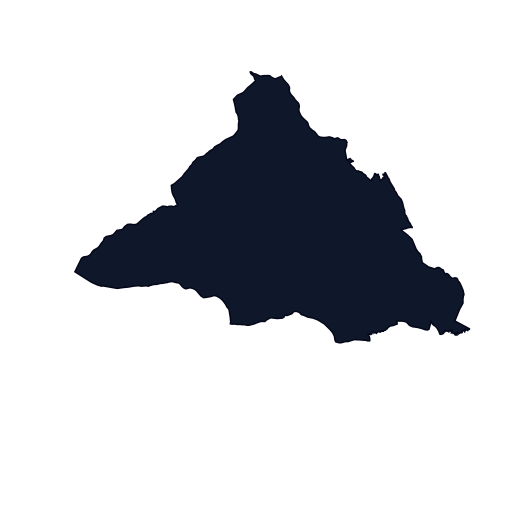 Sarmizegetusa, Hunedoara, Romania (Natural Earth projection), rotated 62°
{"feature_id": "2599482B56476648103068", "entity_name": "Sarmizegetusa", "entity_type": "district", "adm_level": 2, "iso_a3": "ROU", "parent_name": "Romania", "parent_adm1": "Hunedoara", "projection": "natural_earth1", "projection_center": [22.749, 45.477], "detail": "fine", "context": "isolated", "style": "filled", "palette": "ink", "viewbox_px": 512, "rotation_deg": 62, "n_neighbors": 0, "source": "geoboundaries", "source_scale": "gbopen_adm2", "svg_char_len": 6128}
<svg xmlns="http://www.w3.org/2000/svg" viewBox="0 0 512 512"><g transform="rotate(62 256 256)"><path d="M420.5,101.7L406.7,110.9L398.5,101.1L394.8,95.4L391.2,93.5L389.1,92.0L387.7,90.5L383.6,89.3L378.7,88.8L375.2,88.7L372.8,89.2L370.7,88.9L369.8,89.2L368.7,90.5L368.0,93.1L365.5,94.3L363.2,94.6L362.1,95.0L361.3,95.5L360.4,97.3L358.9,97.6L356.2,97.3L354.4,98.7L353.6,98.9L351.9,100.0L351.3,101.5L351.2,102.8L351.6,103.9L346.6,108.9L340.7,111.9L339.8,112.3L339.2,112.1L336.0,111.1L334.5,110.3L330.8,110.2L328.6,111.0L325.1,111.4L314.5,110.4L308.6,112.4L301.1,115.7L301.5,113.1L302.3,110.2L302.3,109.1L302.6,108.2L303.2,106.3L304.2,104.8L303.8,104.5L302.6,104.8L299.6,104.6L296.8,105.1L296.5,104.9L295.0,104.9L294.1,104.5L292.6,104.7L291.3,104.4L290.0,105.0L287.8,104.5L285.5,103.3L283.3,103.1L277.7,101.6L275.1,101.3L273.8,101.3L269.2,102.6L265.6,102.4L263.4,102.9L261.4,102.4L253.6,102.9L250.2,102.4L248.6,102.8L248.0,102.6L243.4,102.6L243.1,103.0L243.5,103.2L244.0,104.0L243.5,105.5L244.3,105.7L245.3,105.0L245.6,105.5L247.2,106.0L246.6,107.5L247.6,108.7L247.8,109.4L247.2,110.4L246.3,110.7L243.6,109.9L243.1,110.3L241.4,109.6L241.2,109.9L241.4,110.3L240.9,111.1L239.0,112.3L239.1,112.7L240.1,113.7L241.5,114.9L241.4,115.5L242.1,116.5L242.2,117.4L242.7,117.8L242.7,118.2L243.7,118.9L243.2,119.6L240.8,120.2L238.2,121.4L236.9,121.2L235.6,121.5L233.8,122.6L231.5,123.3L230.1,124.9L228.9,125.7L228.3,127.1L226.9,128.0L224.0,128.1L221.9,128.9L218.0,130.0L217.8,129.4L217.8,126.7L218.1,125.7L217.8,125.6L216.0,126.8L214.1,127.2L214.0,129.9L214.8,130.3L213.5,130.7L204.7,127.9L203.7,127.1L201.1,124.1L199.2,123.2L198.5,122.3L196.6,122.2L195.4,122.7L194.7,123.3L193.5,126.1L193.0,126.7L190.2,128.2L189.8,129.1L189.4,131.7L187.7,132.8L185.7,134.8L185.1,135.7L184.1,138.7L182.8,141.2L180.8,144.0L179.3,144.9L173.8,145.9L171.7,147.1L168.0,148.5L165.7,148.5L163.4,147.9L161.7,147.9L155.7,150.0L152.4,150.5L148.3,150.1L146.3,149.1L144.0,147.4L141.7,146.8L140.5,146.9L136.5,148.1L133.6,148.3L130.0,149.3L127.2,149.4L125.8,149.0L123.1,147.4L120.4,147.1L113.0,148.9L109.1,149.0L109.4,149.8L109.0,151.4L108.7,155.7L106.8,157.5L105.4,158.4L103.4,159.1L102.8,159.8L100.4,164.4L99.3,167.7L95.6,170.5L93.7,172.5L91.0,173.9L90.8,174.7L91.6,174.9L93.4,174.7L96.2,173.5L99.1,174.1L100.8,174.0L101.2,174.3L102.9,181.2L103.4,184.1L105.4,189.3L105.7,191.4L105.3,196.8L107.2,202.4L112.6,203.7L119.7,206.0L122.4,205.7L125.7,206.5L126.9,207.2L128.6,207.5L131.2,209.5L135.1,211.6L136.1,212.3L136.9,213.4L139.1,218.4L139.5,220.2L139.0,227.9L139.5,231.9L140.3,235.0L140.1,237.8L140.3,241.4L141.5,243.9L141.5,247.8L142.1,249.3L142.4,251.8L143.2,253.9L143.2,255.8L141.8,260.7L141.8,261.9L143.0,264.5L143.7,267.5L144.2,268.4L145.3,269.7L145.9,272.1L147.4,274.5L149.6,280.3L151.4,283.8L153.8,294.0L153.9,297.6L157.9,299.3L161.1,300.3L163.9,300.6L167.1,300.5L171.5,301.2L173.5,301.2L173.9,301.4L174.1,302.2L173.9,303.3L174.0,305.2L172.2,307.4L171.3,309.5L171.0,311.3L169.6,312.8L168.1,315.0L168.1,320.3L169.3,323.5L169.2,324.5L168.5,325.7L169.7,326.4L169.9,327.1L169.0,329.1L169.4,330.5L169.1,332.1L169.8,334.0L169.7,336.2L170.0,338.0L171.9,345.9L171.6,347.7L171.0,349.1L168.7,352.4L167.8,354.7L168.4,358.3L169.7,361.1L169.5,362.8L168.1,366.7L169.8,371.2L170.1,372.6L169.9,374.5L168.6,378.7L168.6,379.8L169.0,381.7L170.7,383.2L172.4,387.2L173.9,389.8L174.6,392.4L174.6,395.8L174.8,397.1L175.5,398.8L176.8,401.1L177.2,402.5L177.2,404.8L175.9,408.7L175.9,410.1L176.3,411.4L184.9,423.3L201.8,413.7L207.0,409.7L210.2,406.5L210.3,405.6L211.7,403.7L219.1,394.2L219.7,393.1L221.5,388.1L223.7,382.7L225.1,378.3L226.7,374.6L227.8,372.5L228.5,372.0L230.8,366.9L232.3,364.9L232.2,363.5L232.7,361.9L232.9,360.3L234.5,356.7L235.2,353.7L236.7,350.0L237.1,348.3L237.7,347.2L237.9,345.6L238.9,342.6L239.3,341.9L242.4,338.5L243.2,337.1L245.3,336.1L248.5,335.5L250.7,334.5L251.7,333.7L252.2,332.8L252.9,329.7L253.4,328.8L255.0,327.0L257.0,325.5L258.8,324.8L265.6,323.3L268.3,321.7L270.4,315.5L271.3,311.4L273.0,309.5L276.3,307.4L280.2,306.1L284.5,305.5L287.0,305.6L290.4,304.9L297.5,307.3L302.2,309.2L303.8,310.5L304.9,309.2L305.8,307.2L308.2,303.8L308.6,302.6L310.2,300.4L310.9,298.9L313.3,295.9L313.9,294.5L315.2,289.1L315.2,287.8L316.0,282.5L318.0,278.9L317.5,277.2L317.3,273.5L317.6,271.7L321.2,266.6L323.2,261.8L323.2,260.3L321.9,258.5L323.2,256.2L323.8,251.1L323.1,249.8L322.9,248.4L323.9,246.2L326.2,244.2L329.2,243.4L330.6,241.8L334.2,239.0L337.5,234.9L340.4,232.3L341.8,231.2L347.9,227.6L355.8,225.1L359.6,224.3L363.4,224.4L367.6,225.8L369.2,225.9L372.0,222.9L372.9,220.4L373.3,218.1L373.8,216.6L374.7,215.2L375.9,208.7L378.3,204.5L382.3,198.2L383.2,197.5L383.5,196.7L384.3,195.7L384.0,195.1L381.0,193.9L377.7,193.7L378.4,192.9L378.3,192.1L379.1,191.7L379.3,191.3L379.0,190.0L377.6,189.0L377.4,188.6L378.4,187.8L379.4,188.0L379.1,187.4L379.5,186.8L379.2,186.8L379.2,186.5L380.4,186.3L380.9,185.9L380.2,185.0L380.4,182.5L380.6,182.1L381.0,182.6L381.4,182.3L381.6,181.7L381.3,180.7L382.2,179.0L381.7,178.8L382.3,176.6L381.8,175.3L381.9,174.5L381.3,173.5L381.1,172.3L380.6,171.3L380.9,171.1L380.8,170.6L381.9,166.9L382.3,163.2L379.6,162.3L379.6,162.1L381.9,157.8L384.3,154.7L386.4,153.7L388.6,153.3L390.4,152.3L391.7,150.9L391.9,151.0L394.9,146.9L397.6,143.9L400.4,141.3L401.8,139.5L401.9,137.7L396.1,132.2L399.0,132.1L400.7,131.5L402.5,130.5L405.4,129.9L408.4,129.9L411.4,130.3L412.0,129.6L412.1,128.7L412.4,128.1L412.3,126.7L411.8,126.0L410.8,126.2L411.6,125.0L411.2,124.5L411.4,123.9L410.8,123.8L410.8,123.1L411.9,122.6L412.5,121.9L413.2,121.7L413.5,121.3L413.0,120.9L413.3,119.7L412.9,119.3L413.3,118.0L413.6,118.0L414.4,119.1L414.8,118.6L415.2,118.6L415.7,119.4L416.1,118.5L417.0,118.2L417.4,116.7L418.0,116.7L418.8,117.4L419.8,116.5L419.8,116.2L419.2,116.1L419.8,115.5L418.7,115.4L418.4,114.8L418.0,114.6L417.9,113.9L418.4,113.3L418.9,113.5L419.2,114.2L419.9,113.9L419.6,113.2L419.8,112.6L419.6,111.9L420.2,110.9L420.3,110.0L419.4,109.9L419.8,109.5L418.8,108.3L419.7,107.5L420.9,107.3L420.0,106.2L418.9,106.4L418.7,105.9L418.7,105.4L419.8,105.5L419.9,104.9L421.2,104.1L420.8,103.3L420.9,102.0L420.5,101.7Z" fill="#0f172a" stroke="#020617" stroke-width="1.5"/></g></svg>